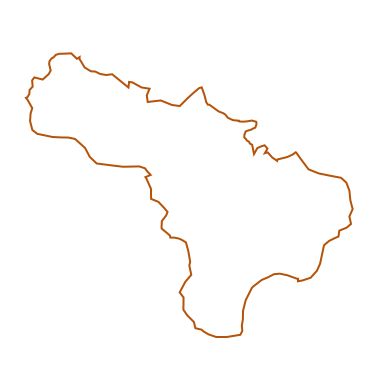 outline of Dalaba, Dalaba, Guinea, rotated 86°
{"feature_id": "49546643B54901917722686", "entity_name": "Dalaba", "entity_type": "district", "adm_level": 2, "iso_a3": "GIN", "parent_name": "Guinea", "parent_adm1": "Dalaba", "projection": "orthographic", "projection_center": [-12.176, 10.89], "detail": "fine", "context": "isolated", "style": "outline", "palette": "amber", "viewbox_px": 384, "rotation_deg": 86, "n_neighbors": 0, "source": "geoboundaries", "source_scale": "gbopen_adm2", "svg_char_len": 2298}
<svg xmlns="http://www.w3.org/2000/svg" viewBox="0 0 384 384"><g transform="rotate(86 192 192)"><path d="M235.0,35.6L227.4,36.7L220.2,32.9L215.2,33.9L211.3,34.6L201.6,34.9L193.5,37.3L188.2,42.4L185.2,53.8L182.3,64.3L177.5,74.2L173.6,76.7L166.6,81.2L159.9,85.3L159.6,85.8L161.7,89.0L163.8,94.7L165.5,104.5L166.9,104.9L163.1,109.6L157.8,113.7L157.9,114.6L158.4,116.6L153.9,113.7L150.5,116.3L151.2,119.5L152.8,123.8L158.5,127.5L149.1,128.7L147.6,131.0L145.9,131.5L144.7,133.4L142.6,134.8L141.3,136.0L138.7,135.8L135.3,134.2L134.6,131.9L134.0,128.8L133.1,127.1L132.2,124.4L129.8,123.3L127.8,122.8L126.4,123.1L124.9,127.3L125.4,132.6L125.4,136.0L125.1,138.7L125.0,139.5L124.6,140.4L124.3,139.3L123.2,146.1L120.5,151.0L116.9,153.5L115.5,155.5L113.5,159.8L106.2,168.5L106.0,170.1L103.4,171.5L95.9,172.9L88.3,175.0L88.9,177.7L92.8,183.1L98.3,190.0L105.4,198.2L103.8,205.9L98.5,216.8L99.1,229.9L92.5,230.4L86.0,227.1L84.2,235.0L78.5,243.8L77.8,247.1L83.3,248.1L69.0,263.4L69.3,269.5L67.8,275.5L65.1,280.1L64.5,284.5L60.3,290.4L54.8,293.2L50.7,295.4L50.5,294.8L49.6,294.7L51.1,297.5L45.3,302.8L44.9,314.8L45.7,318.4L47.8,320.4L49.0,322.8L51.7,325.1L54.4,325.6L60.9,324.5L64.3,326.6L69.4,333.1L66.7,341.3L69.5,343.7L75.8,343.6L78.9,346.9L82.7,347.4L85.9,349.5L86.5,351.1L88.8,349.5L97.2,345.5L102.3,347.5L109.9,348.6L119.1,346.9L123.2,342.2L127.4,327.3L128.6,317.2L129.0,311.8L130.9,305.0L140.6,295.6L149.9,291.5L156.9,285.1L160.3,268.0L162.0,259.1L162.8,242.8L165.1,237.2L168.0,235.4L172.1,232.1L173.9,237.4L175.1,236.7L185.9,232.7L196.0,233.3L199.5,226.2L205.8,221.0L210.2,217.8L213.6,219.4L218.9,224.1L224.7,224.8L226.4,224.8L233.8,217.1L236.0,216.8L236.2,213.6L236.2,213.2L237.4,208.7L238.9,205.7L241.8,201.6L250.0,199.9L253.6,199.5L261.6,198.7L265.1,199.8L274.6,198.5L281.1,204.9L291.3,211.3L296.6,207.8L303.1,208.3L308.9,208.8L315.0,205.1L321.8,199.2L328.1,198.1L330.0,192.1L332.0,190.1L335.2,185.4L338.3,178.1L339.1,167.6L337.8,153.7L334.0,151.5L328.8,151.6L322.4,150.1L314.2,149.4L303.7,146.0L291.9,139.0L290.7,137.8L284.6,128.6L282.5,122.4L279.7,115.9L279.6,110.1L281.7,102.7L286.0,92.9L286.0,92.2L288.5,92.5L287.9,87.8L285.8,79.6L279.2,72.8L272.4,69.2L255.9,64.5L254.2,63.9L250.3,58.5L248.1,53.1L246.6,49.0L240.8,47.7L238.4,40.3L235.0,35.6Z" fill="none" stroke="#b45309" stroke-width="2"/></g></svg>